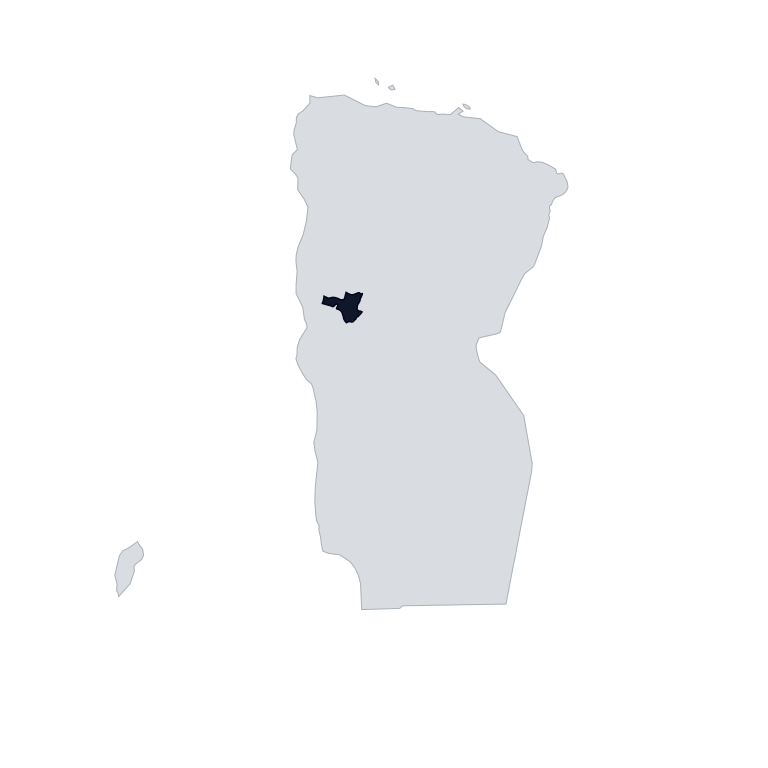 location of Ar Rawdah, Shabwah, Yemen, rotated 110°
{"feature_id": "15242507B21642495199859", "entity_name": "Ar Rawdah", "entity_type": "district", "adm_level": 2, "iso_a3": "YEM", "parent_name": "Yemen", "parent_adm1": "Shabwah", "projection": "natural_earth1", "projection_center": [47.316, 14.501], "detail": "fine", "context": "in_parent", "style": "filled", "palette": "ink", "viewbox_px": 768, "rotation_deg": 110, "n_neighbors": 0, "source": "geoboundaries", "source_scale": "gbopen_adm2", "svg_char_len": 5891}
<svg xmlns="http://www.w3.org/2000/svg" viewBox="0 0 768 768"><g transform="rotate(110 384 384)"><path d="M603.6,327.8L579.3,337.9L572.9,342.4L567.1,347.9L562.7,354.9L559.7,367.1L562.1,378.3L562.0,384.2L555.7,388.2L549.8,391.1L543.3,395.4L539.3,396.5L536.1,400.0L532.3,402.4L518.7,408.6L503.8,413.5L480.2,419.3L471.1,425.6L462.8,430.0L450.2,431.3L432.8,437.3L423.2,442.1L411.2,449.9L408.6,452.4L406.5,458.2L402.8,463.1L395.6,471.3L390.2,475.5L386.6,475.7L379.5,478.0L371.2,478.5L357.2,475.6L353.7,477.6L350.7,480.8L339.9,486.4L329.0,497.6L321.0,500.5L308.0,504.1L298.9,508.7L292.8,510.6L285.0,511.6L270.5,511.1L256.7,512.8L243.9,515.9L237.9,521.9L231.1,531.4L219.9,535.3L217.3,538.7L213.8,545.6L206.5,547.4L200.0,548.6L193.3,545.6L180.7,554.0L175.9,555.4L168.7,555.7L163.5,557.5L159.8,557.0L155.2,553.7L145.5,549.7L138.3,552.3L137.8,544.3L126.0,520.0L128.6,498.8L128.6,495.8L126.3,486.4L119.3,477.7L119.6,466.8L117.2,458.9L115.4,450.9L116.0,448.7L116.1,446.8L112.6,434.4L111.4,431.9L111.0,429.3L112.2,427.3L112.2,425.0L110.3,421.2L108.3,413.9L98.7,408.3L100.7,403.0L102.6,404.8L105.1,406.4L105.6,403.0L105.7,400.4L101.8,384.3L107.8,362.8L106.0,343.5L115.1,335.7L117.4,333.3L118.7,331.3L120.8,326.9L123.8,325.4L124.8,320.8L124.7,318.5L122.9,316.5L121.5,311.1L122.0,304.2L122.5,301.3L123.5,296.1L126.7,294.1L127.4,292.6L125.0,289.3L125.2,287.3L130.6,281.8L132.8,280.1L136.3,278.4L139.0,278.4L142.1,279.4L144.9,280.9L147.6,283.8L150.5,287.0L154.9,288.2L157.9,287.9L160.3,289.3L162.4,288.5L164.7,286.9L168.5,287.0L171.9,285.1L181.5,284.2L190.7,284.8L200.4,283.2L210.1,283.3L219.8,283.4L222.0,283.7L224.1,284.6L232.3,289.6L238.5,290.6L251.0,291.9L264.4,293.4L275.9,294.6L285.7,293.4L293.9,292.5L296.1,292.7L298.6,295.7L303.5,303.3L308.1,310.4L316.2,310.8L321.4,308.1L327.1,304.3L330.6,301.4L334.6,289.8L337.3,282.3L343.2,273.8L348.3,266.7L354.9,257.4L358.6,252.2L365.8,241.9L372.8,237.9L386.1,230.2L399.2,222.7L407.7,217.7L415.0,215.5L427.2,213.5L441.5,211.3L455.8,209.0L471.0,206.6L488.0,203.9L499.6,202.0L514.5,199.7L526.8,197.7L537.8,195.9L549.1,194.1L551.3,199.8L553.4,205.5L555.6,211.2L557.8,216.9L560.0,222.6L562.1,228.3L564.3,234.0L566.5,239.6L568.7,245.3L570.9,251.0L573.0,256.7L575.2,262.4L577.4,268.1L579.6,273.7L581.8,279.4L583.9,285.1L586.1,290.7L589.5,292.5L591.6,297.8L594.6,305.3L597.6,312.8L600.6,320.3L603.6,327.8ZM638.1,555.8L641.1,556.5L645.6,554.5L658.7,554.3L674.5,560.6L671.5,562.2L669.8,564.5L662.9,566.6L656.0,571.5L636.1,573.9L630.2,572.5L625.3,567.8L616.4,561.7L619.9,557.8L620.6,556.0L621.9,554.3L627.0,551.3L632.0,551.8L638.1,555.8ZM104.6,480.0L104.0,481.2L103.1,480.9L100.1,477.9L103.4,474.5L105.2,477.7L104.6,480.0ZM95.5,404.3L94.0,405.5L93.5,403.3L94.5,398.3L96.1,396.9L97.2,400.6L96.5,402.6L95.5,404.3ZM103.0,495.2L99.8,496.9L102.0,492.4L104.3,491.5L104.9,491.6L103.0,495.2Z" fill="#d9dde1" stroke="#a8b0b8" stroke-width="1"/><path d="M310.9,450.9L314.9,450.6L315.3,450.4L315.7,450.4L316.1,450.5L316.5,450.5L316.9,450.5L317.3,450.3L317.6,450.2L318.0,450.3L318.3,450.6L318.5,451.0L318.7,451.3L319.0,451.7L319.2,452.1L319.4,452.5L319.5,453.0L319.6,453.4L319.6,453.9L319.6,454.3L319.6,454.8L319.5,455.3L319.5,455.8L319.4,456.2L319.4,456.7L319.4,457.1L319.4,457.6L319.4,458.1L319.5,458.6L319.5,459.1L319.5,459.5L319.6,459.9L319.7,460.4L319.8,460.9L319.9,461.3L320.1,461.7L320.3,462.1L320.5,462.5L320.7,462.9L321.0,463.2L321.2,463.6L321.4,464.0L321.6,464.3L322.0,464.5L322.2,464.9L322.3,465.5L322.4,465.9L322.3,466.4L322.3,466.9L322.3,467.3L322.2,467.8L322.2,468.2L322.2,468.7L322.2,469.0L322.2,469.6L322.1,470.0L322.0,470.4L322.5,470.3L322.9,470.1L323.3,470.0L323.7,470.0L324.2,469.9L324.6,469.8L325.0,469.8L325.4,469.7L325.8,469.6L326.2,469.6L326.6,469.5L327.0,469.5L327.4,469.5L327.8,469.5L328.2,469.5L328.6,469.5L329.0,469.5L329.4,469.5L329.1,465.1L328.7,460.6L328.8,460.1L328.9,459.6L328.9,459.2L328.8,458.7L328.7,458.3L328.4,458.0L328.0,457.7L327.6,457.5L326.4,457.0L325.6,456.4L325.0,455.8L324.6,455.1L324.9,454.7L325.5,454.4L326.9,454.3L328.0,454.4L329.1,454.5L329.5,454.1L329.7,453.6L329.5,452.7L329.5,451.9L329.8,450.4L330.0,449.7L330.4,449.1L330.5,448.8L331.4,447.7L333.0,446.6L334.7,445.1L334.8,445.1L335.2,444.9L335.6,444.7L335.9,444.5L336.3,444.3L336.6,444.0L336.9,443.7L337.2,443.4L337.5,443.0L337.8,442.7L338.1,442.4L338.3,442.0L338.5,441.7L338.7,441.2L339.0,440.9L339.2,440.5L339.3,440.3L339.3,440.2L339.0,440.0L338.7,439.7L338.4,439.5L338.1,439.2L337.7,438.9L337.5,438.6L337.4,438.5L337.3,438.2L337.2,437.7L337.1,437.4L337.0,437.0L337.0,436.9L336.9,436.4L336.9,436.2L336.9,435.9L336.8,435.5L336.6,435.1L336.4,434.7L336.2,434.5L336.1,434.4L335.7,434.2L335.3,434.1L335.2,434.0L335.0,433.9L334.6,433.7L334.2,433.6L333.8,433.4L333.5,433.3L333.5,433.2L333.1,433.0L332.7,432.8L332.3,432.6L332.0,432.7L331.8,432.8L331.6,432.8L331.4,432.7L331.2,432.7L330.9,432.6L330.5,432.5L330.3,432.4L330.1,432.2L329.8,431.8L329.7,431.5L329.2,431.3L328.8,431.2L328.5,431.1L328.4,431.1L328.1,430.9L327.7,430.7L327.3,430.5L326.9,430.3L326.6,430.2L326.2,430.0L325.8,429.9L325.4,429.7L325.1,429.6L324.7,429.5L324.3,429.4L323.8,429.3L323.8,429.7L323.7,430.2L323.6,430.6L323.6,431.1L323.7,431.6L324.0,431.9L324.1,432.3L324.0,432.7L323.8,433.1L323.7,433.5L323.7,434.0L323.5,434.5L323.1,434.8L322.5,435.0L321.8,435.2L320.6,435.6L318.3,435.9L317.7,435.8L317.3,435.5L316.9,435.4L316.4,435.4L316.0,435.4L315.6,435.3L315.2,435.2L314.8,435.2L314.4,435.1L314.0,435.1L313.6,435.2L313.1,435.2L312.7,435.3L312.3,435.3L311.9,435.4L311.5,435.4L311.1,435.4L310.7,435.3L310.3,435.2L309.8,435.2L309.4,435.2L309.0,435.2L308.6,435.2L308.2,435.1L307.8,435.1L307.4,435.1L307.0,435.2L306.6,435.2L306.5,435.3L306.7,435.6L307.0,435.9L307.1,436.4L307.2,436.9L307.1,437.3L307.0,437.8L306.8,438.2L306.7,438.6L307.3,439.7L307.8,440.3L308.9,441.5L310.0,442.7L310.9,444.1L311.3,444.9L311.4,446.0L311.3,448.0L311.0,450.6L310.9,450.9L310.9,450.9Z" fill="#0f172a" stroke="#020617" stroke-width="1.5"/></g></svg>